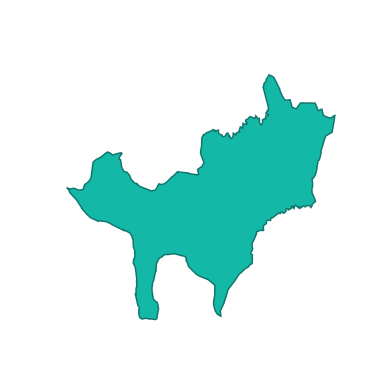 outline of Klay, Bomi, Liberia, rotated 20°
{"feature_id": "62588387B44236806524966", "entity_name": "Klay", "entity_type": "district", "adm_level": 2, "iso_a3": "LBR", "parent_name": "Liberia", "parent_adm1": "Bomi", "projection": "equal_earth", "projection_center": [-10.826, 6.705], "detail": "fine", "context": "isolated", "style": "filled", "palette": "teal", "viewbox_px": 384, "rotation_deg": 20, "n_neighbors": 0, "source": "geoboundaries", "source_scale": "gbopen_adm2", "svg_char_len": 5704}
<svg xmlns="http://www.w3.org/2000/svg" viewBox="0 0 384 384"><g transform="rotate(20 192 192)"><path d="M252.8,71.9L252.1,72.0L249.0,73.7L247.0,73.3L244.1,71.0L240.2,66.9L239.2,65.2L235.9,62.2L233.4,59.7L229.6,56.3L227.6,55.8L224.3,55.6L224.2,55.9L224.2,56.3L224.1,56.9L224.1,57.2L223.9,58.1L223.6,59.2L223.4,59.7L223.3,60.2L223.3,60.4L223.3,60.8L223.3,61.1L223.3,61.5L223.4,61.8L223.6,62.1L223.8,62.4L223.8,62.6L223.8,63.0L223.7,63.3L223.5,63.6L223.3,63.8L223.2,63.9L223.0,64.1L222.9,64.3L222.8,64.5L222.7,65.1L222.7,66.2L222.8,66.7L222.9,67.3L223.0,68.3L223.0,69.2L228.5,77.1L230.1,79.4L234.7,86.1L235.3,87.9L235.4,88.3L235.0,90.2L235.6,90.1L234.8,91.9L234.5,92.7L235.1,93.4L237.3,93.1L237.3,94.5L235.4,95.3L235.5,96.7L236.2,98.2L234.5,98.8L233.6,100.3L234.7,102.8L234.2,105.3L232.7,104.9L231.2,102.7L230.2,99.8L228.6,100.6L227.2,99.3L225.9,98.6L226.0,99.8L225.8,101.1L224.9,101.6L223.5,101.2L220.7,101.4L219.5,104.1L217.9,106.0L218.0,107.2L220.3,108.3L219.4,108.9L220.0,109.9L218.7,110.2L216.8,110.1L216.6,110.0L217.0,112.1L217.9,114.5L217.9,114.9L216.2,114.2L215.5,114.5L215.2,114.4L215.3,116.4L215.4,118.9L216.0,119.3L214.6,120.2L213.5,121.6L213.5,123.5L212.4,123.0L210.7,122.6L211.6,125.8L210.9,128.3L209.9,128.4L208.2,126.4L207.5,127.0L206.5,125.2L205.8,124.4L204.9,124.8L204.2,126.2L204.2,128.0L202.9,129.2L201.8,129.5L200.9,128.3L199.0,128.2L196.6,127.7L196.2,126.2L195.8,124.9L194.5,125.5L193.6,126.8L193.2,126.5L193.2,126.9L192.7,127.3L192.2,126.8L191.8,126.2L190.7,126.2L191.0,126.5L187.5,129.4L185.3,131.5L184.0,134.2L183.2,134.1L182.7,137.7L183.8,141.0L185.1,145.1L185.4,146.0L186.1,150.7L186.9,151.9L186.6,152.2L188.5,154.9L188.8,155.2L189.8,156.4L193.2,160.2L192.6,164.5L191.0,166.8L189.6,168.8L192.2,173.3L191.7,173.6L190.9,174.1L182.7,175.8L182.5,175.3L176.8,176.7L172.8,177.7L171.5,177.9L171.4,178.2L171.5,178.4L171.3,178.4L168.5,184.3L168.1,184.3L167.2,186.3L166.9,186.9L164.9,191.3L162.9,194.1L160.1,195.6L158.0,195.7L157.5,200.5L156.8,202.9L155.6,203.5L153.4,204.9L143.2,204.6L143.0,204.8L140.3,204.4L137.4,203.0L137.4,203.5L134.6,203.0L130.4,200.9L127.6,197.7L125.3,196.4L124.1,195.7L121.5,195.9L120.8,196.0L117.4,192.6L116.8,191.5L114.7,187.7L113.9,186.2L113.1,186.4L112.3,185.9L112.3,185.5L112.1,184.9L111.9,183.7L113.0,179.8L112.5,179.6L112.2,179.5L111.8,179.4L110.6,180.2L104.6,184.4L103.1,183.7L100.8,183.3L98.9,183.3L97.4,185.5L97.0,186.1L96.8,186.5L94.4,190.5L93.5,191.4L90.8,194.3L88.9,197.7L88.9,197.9L89.6,201.3L92.2,212.8L92.0,215.5L91.2,217.3L90.7,218.8L90.5,219.0L89.7,220.4L88.8,221.2L88.5,223.5L88.9,226.3L88.5,227.0L86.7,228.2L85.5,228.8L84.7,229.2L82.7,228.9L80.9,228.7L80.1,228.9L79.0,229.2L76.6,230.8L73.7,230.9L72.7,230.9L75.0,231.7L77.6,234.5L86.0,238.8L93.9,244.7L93.8,245.0L100.8,248.9L105.4,250.8L113.8,251.6L115.0,250.6L115.4,250.5L122.2,249.1L129.9,250.2L140.6,251.4L141.0,251.5L140.8,250.9L147.6,251.7L150.2,253.7L153.2,257.2L154.1,259.9L156.2,264.5L156.6,264.5L158.4,267.0L159.1,269.1L160.4,271.8L160.7,275.1L160.2,275.2L161.2,279.1L162.3,280.0L164.3,281.9L166.7,286.4L166.8,286.4L169.1,291.3L169.7,292.5L170.3,293.7L170.5,294.1L170.2,294.3L170.6,295.2L171.6,297.7L172.0,297.7L172.5,302.0L174.3,307.1L173.6,307.3L174.5,308.6L175.7,310.4L178.2,314.4L179.8,316.9L181.5,318.2L182.2,318.7L182.1,320.2L182.6,321.6L183.9,325.1L185.9,327.9L188.6,328.4L191.6,326.5L195.4,325.9L195.4,325.6L201.2,324.4L202.3,323.0L201.4,318.9L200.6,313.4L198.8,310.1L197.1,307.6L195.4,307.3L192.9,306.2L191.3,304.2L188.6,299.3L186.6,294.3L187.0,293.8L186.2,292.2L186.0,290.0L186.2,287.9L185.5,283.8L185.4,282.7L184.9,278.2L185.1,278.2L182.9,270.9L183.2,270.9L183.6,267.0L183.8,265.8L183.6,265.7L186.0,263.2L186.8,261.5L187.3,260.5L190.6,258.8L190.8,259.0L195.9,256.2L200.7,255.6L202.8,255.6L202.7,255.3L203.2,255.3L205.9,255.1L207.7,255.0L209.0,256.0L210.1,258.6L210.5,258.4L212.7,261.4L214.8,263.5L219.5,265.7L223.4,267.5L227.4,268.5L236.2,268.8L236.2,268.4L238.5,269.3L242.7,270.7L245.5,272.0L246.8,276.0L248.4,280.4L250.0,288.3L250.4,289.2L251.2,291.1L254.6,295.9L257.8,298.2L261.6,298.8L261.4,298.3L259.2,294.1L259.4,292.4L260.0,285.9L259.7,277.2L259.7,276.6L259.2,271.6L262.5,261.0L262.6,260.5L263.3,257.6L264.5,252.7L266.0,250.5L267.9,246.5L268.1,246.0L270.5,243.2L271.7,239.7L271.9,239.7L273.0,238.8L272.9,238.5L271.4,233.4L271.0,233.1L270.3,230.4L268.4,229.9L268.0,229.0L268.5,226.3L268.5,225.0L267.3,223.0L266.1,219.8L266.7,213.6L266.5,210.3L267.0,210.2L266.4,207.0L268.8,205.2L269.9,204.3L271.4,204.2L272.4,203.5L271.4,201.4L270.6,199.4L271.6,197.7L272.6,196.4L272.1,193.9L272.3,192.9L274.3,192.0L275.1,192.0L275.4,192.0L275.3,188.8L276.1,188.8L276.7,188.5L277.9,186.4L279.2,184.5L279.4,183.5L280.2,183.0L281.0,182.2L282.2,182.2L282.3,181.8L282.3,180.8L283.2,179.8L284.8,180.8L285.8,180.2L286.9,178.0L286.7,177.9L286.3,176.1L286.7,175.2L287.5,175.1L288.5,175.8L289.0,174.8L289.7,175.1L290.4,173.6L291.8,172.4L290.4,171.7L291.7,170.8L293.4,172.4L293.4,170.5L293.9,168.9L296.8,170.2L298.5,170.5L297.8,169.2L299.8,169.6L301.1,167.1L303.3,167.3L304.9,165.2L307.5,164.7L309.1,165.8L309.3,164.7L309.5,164.0L309.2,162.8L309.8,161.1L311.3,158.6L308.8,155.5L305.1,151.7L303.6,148.0L303.5,146.8L303.1,144.4L302.0,141.9L300.5,139.0L301.7,136.1L302.0,133.2L301.8,129.5L300.5,123.7L299.9,119.3L300.6,118.3L300.4,114.6L300.0,111.9L299.1,108.3L298.8,102.2L298.5,96.1L298.4,94.3L298.8,93.3L301.2,90.3L303.2,87.8L302.4,83.3L301.1,76.0L301.0,75.9L300.1,71.3L298.3,73.1L297.9,74.3L297.8,74.7L296.3,75.1L295.0,75.4L294.1,75.4L292.2,75.3L289.2,75.1L286.8,71.4L285.7,69.7L284.4,70.9L282.9,72.4L281.2,70.5L277.3,66.4L275.5,67.0L275.1,67.2L272.9,67.9L272.5,68.1L263.5,71.2L261.5,78.3L256.9,78.0L256.0,76.6L252.9,72.3L252.8,71.9Z" fill="#14b8a6" stroke="#0f766e" stroke-width="1.5"/></g></svg>